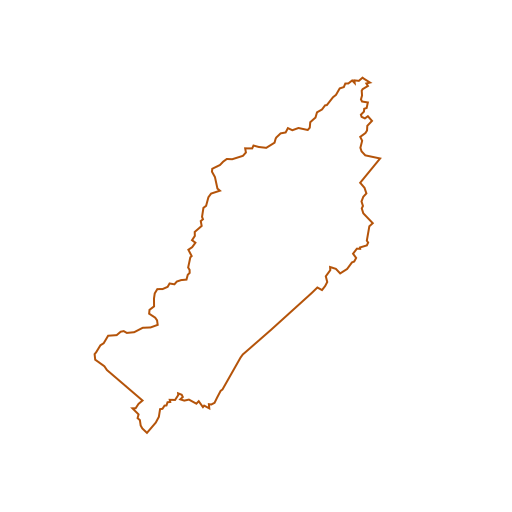 outline of Maricao, Puerto Rico, rotated 120°
{"feature_id": "32010507B97201459085327", "entity_name": "Maricao", "entity_type": "district", "adm_level": 2, "iso_a3": "PRI", "parent_name": "Puerto Rico", "parent_adm1": "", "projection": "equal_earth", "projection_center": [-66.947, 18.173], "detail": "fine", "context": "isolated", "style": "outline", "palette": "amber", "viewbox_px": 512, "rotation_deg": 120, "n_neighbors": 0, "source": "geoboundaries", "source_scale": "gbopen_adm2", "svg_char_len": 2495}
<svg xmlns="http://www.w3.org/2000/svg" viewBox="0 0 512 512"><g transform="rotate(120 256 256)"><path d="M463.7,262.0L450.4,259.5L443.9,259.7L436.6,262.5L435.1,260.6L431.3,260.4L430.2,258.8L426.9,259.5L425.3,257.3L423.7,258.8L421.1,254.1L415.3,253.8L413.9,254.8L413.3,251.0L414.7,248.9L418.0,249.9L417.1,245.8L413.9,242.3L413.7,233.8L410.4,233.0L413.4,226.4L411.5,226.1L411.3,220.3L407.9,222.7L407.0,220.5L403.9,218.5L398.0,218.9L390.4,219.2L388.4,218.3L351.6,218.6L347.8,218.2L345.3,217.3L312.8,206.2L312.5,206.1L259.7,189.1L252.6,187.1L252.5,181.8L247.4,181.1L242.9,181.3L238.7,185.4L231.1,184.6L228.5,186.3L227.2,180.4L229.0,174.4L221.7,170.6L213.6,169.7L211.7,168.2L207.6,168.3L205.5,173.1L199.2,172.3L197.7,169.4L196.6,170.2L191.4,165.3L188.3,165.6L187.3,167.7L173.6,172.7L169.2,171.3L165.4,184.4L161.9,188.2L159.2,188.4L156.0,191.9L151.0,192.7L146.6,191.7L142.7,196.1L140.5,202.4L109.5,197.3L114.2,211.7L112.6,216.9L110.1,219.7L103.1,221.7L100.7,225.3L94.8,222.7L91.8,222.6L87.6,224.7L81.0,223.1L79.0,229.0L82.4,230.5L82.7,234.1L81.2,235.8L77.0,234.7L74.4,235.9L72.5,234.2L67.1,235.9L69.2,241.4L67.9,243.4L64.0,244.4L60.0,247.1L58.2,247.1L52.8,244.1L51.4,246.7L48.8,244.0L48.5,251.2L48.3,252.9L52.9,254.5L54.7,258.6L56.9,257.0L55.9,260.5L60.4,262.3L62.0,264.9L65.8,264.4L69.0,267.3L76.5,267.3L80.0,268.7L89.9,270.1L91.0,271.5L96.1,272.1L101.1,275.0L106.4,273.7L108.7,274.5L113.0,275.9L118.0,273.6L121.0,274.2L123.9,283.2L128.9,287.4L129.3,292.3L134.2,292.1L137.5,296.0L143.3,297.7L144.8,297.6L148.6,296.6L157.2,301.2L160.2,308.1L161.6,313.4L164.7,313.1L168.2,319.2L171.4,316.5L175.8,317.4L184.1,325.0L186.6,329.8L190.7,331.6L195.2,332.7L202.3,337.5L205.0,336.3L208.2,331.0L216.9,323.1L217.5,319.9L224.4,326.1L228.9,326.6L237.5,324.3L240.6,325.6L249.1,322.3L250.7,320.3L253.4,321.3L257.1,318.1L265.8,321.1L269.2,319.0L274.3,319.3L274.8,315.1L280.3,315.7L284.4,317.7L288.2,311.7L290.0,312.2L299.9,309.0L301.2,306.6L303.8,305.0L306.4,305.7L311.2,304.4L314.3,308.8L317.7,311.8L321.3,312.5L323.0,317.1L326.9,317.1L331.4,320.4L334.0,324.9L339.0,325.0L343.8,323.1L350.6,319.1L355.9,321.3L359.4,319.7L359.8,312.5L361.2,309.5L364.8,306.7L370.6,311.6L374.8,318.2L382.9,323.4L387.2,329.4L387.2,333.0L389.2,335.3L394.2,337.1L399.0,344.2L407.7,344.3L411.1,346.1L419.4,346.3L421.7,346.7L426.2,343.4L427.3,332.2L429.3,328.1L437.9,282.0L442.8,283.8L448.0,284.1L449.7,286.8L451.9,278.5L455.6,277.5L456.2,274.5L460.5,271.1L462.2,268.2L463.7,262.0Z" fill="none" stroke="#b45309" stroke-width="2"/></g></svg>